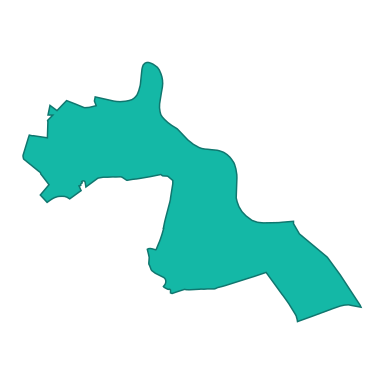 outline of Duong Kinh, Hải Phòng, Vietnam
{"feature_id": "81297802B62167717430855", "entity_name": "Duong Kinh", "entity_type": "district", "adm_level": 2, "iso_a3": "VNM", "parent_name": "Vietnam", "parent_adm1": "Hải Phòng", "projection": "natural_earth1", "projection_center": [106.703, 20.785], "detail": "fine", "context": "isolated", "style": "filled", "palette": "teal", "viewbox_px": 384, "rotation_deg": 0, "n_neighbors": 0, "source": "geoboundaries", "source_scale": "gbopen_adm2", "svg_char_len": 3228}
<svg xmlns="http://www.w3.org/2000/svg" viewBox="0 0 384 384"><path d="M361.0,307.2L360.1,305.2L340.3,275.0L327.3,257.2L299.4,233.9L293.5,223.7L293.5,221.3L282.6,222.2L279.7,222.5L278.4,222.6L274.0,222.7L263.4,222.9L257.5,222.3L252.0,220.4L246.0,215.9L241.9,211.6L238.9,206.6L237.1,201.7L236.2,197.9L236.9,177.9L236.8,174.7L235.9,169.0L234.6,164.5L233.9,162.8L231.7,159.5L229.9,157.2L227.1,154.6L225.2,153.3L223.6,152.3L222.0,151.7L219.4,150.8L217.4,150.3L214.6,150.0L211.4,149.7L208.0,149.3L205.1,149.1L201.8,148.5L199.0,147.5L193.3,144.3L187.9,140.0L179.9,131.6L177.3,128.9L171.7,125.4L167.8,122.5L164.5,119.4L162.3,117.0L160.8,114.6L160.0,111.5L159.5,107.8L159.6,103.8L161.3,93.2L162.4,87.0L162.7,83.3L162.6,82.3L162.5,80.1L161.9,76.8L160.9,73.7L159.3,70.0L157.4,67.3L155.1,65.6L153.1,64.2L151.6,63.5L149.5,62.7L148.0,62.4L146.8,62.5L145.6,62.9L144.7,63.4L143.2,65.0L142.5,66.9L142.0,69.0L141.5,73.5L140.4,84.2L140.1,85.9L139.5,88.0L138.8,90.6L137.6,93.6L136.9,95.1L135.4,96.9L134.2,98.1L132.0,99.6L129.2,100.5L125.7,101.2L120.0,101.7L118.8,101.6L116.8,101.5L113.9,101.1L95.2,96.9L94.4,101.0L96.2,105.7L89.2,107.4L85.0,107.7L84.1,107.6L75.6,104.1L66.6,100.6L63.4,103.9L57.0,110.6L50.0,105.4L48.0,115.0L52.8,115.1L47.6,120.4L47.6,120.7L47.9,121.8L47.4,137.8L42.6,137.1L33.3,135.7L32.3,135.8L29.3,135.1L28.3,138.1L24.3,151.2L23.1,155.1L23.0,155.9L23.1,156.8L23.3,157.8L23.6,159.0L24.7,159.9L38.5,171.1L40.1,172.3L40.5,172.7L40.6,173.4L40.9,174.2L41.9,175.4L49.0,184.7L40.3,195.0L47.1,202.4L50.6,199.9L53.0,198.4L54.9,197.5L57.3,196.7L57.5,196.6L59.1,196.4L61.8,196.3L64.5,196.4L67.0,197.2L68.6,198.2L69.7,198.9L81.1,190.6L79.0,185.9L80.4,185.6L80.8,185.3L80.6,184.5L81.0,183.8L81.9,183.1L82.2,182.8L81.7,181.5L82.7,181.0L83.7,180.8L84.8,181.4L85.2,182.5L85.9,187.0L97.7,178.3L98.5,178.0L103.3,177.2L107.4,177.2L113.0,176.9L115.5,177.0L120.2,176.8L121.1,176.9L121.8,177.1L122.7,177.6L126.6,180.2L127.2,180.3L129.3,179.9L132.9,179.3L135.8,179.0L136.1,179.0L139.4,178.5L150.5,176.6L160.8,174.5L161.2,174.7L162.1,175.5L162.6,175.8L163.4,175.9L167.1,176.1L168.0,176.4L172.8,180.5L172.8,182.8L172.8,183.7L170.5,198.2L170.4,199.4L169.9,201.8L165.7,217.7L164.8,221.3L164.1,224.6L163.5,227.7L163.3,228.2L163.7,228.3L162.0,234.3L160.4,239.1L159.4,241.8L158.8,243.1L156.8,248.0L156.1,249.6L155.7,249.8L152.1,248.8L150.3,248.5L148.8,248.6L148.0,248.9L147.3,249.3L148.5,254.2L149.2,257.4L149.0,260.5L148.8,263.2L148.9,264.2L149.1,264.6L149.7,265.8L151.1,269.6L151.8,270.6L155.2,273.2L163.8,277.5L164.9,278.5L165.6,279.9L165.8,281.3L165.7,282.6L165.2,284.1L164.9,284.6L163.4,286.5L164.1,287.3L164.8,287.7L167.4,289.1L168.4,289.4L169.5,289.2L170.0,289.4L170.5,290.0L170.5,291.3L170.5,292.9L172.1,293.5L177.3,291.7L184.4,289.4L184.7,289.4L186.4,289.7L189.3,289.8L200.1,289.2L200.5,289.1L201.3,289.1L203.9,289.2L207.8,288.9L214.3,288.9L215.5,288.6L216.9,287.9L217.9,287.5L222.0,286.5L225.5,285.5L248.8,278.1L254.3,276.4L266.1,272.4L273.3,282.3L282.0,294.3L282.9,295.4L284.5,297.6L287.0,301.1L289.0,304.0L290.7,306.8L294.9,313.6L296.2,315.9L296.5,317.2L296.9,318.5L297.1,319.3L297.5,321.6L299.4,320.9L312.4,316.2L332.8,308.6L340.3,306.0L344.4,305.1L348.5,304.8L351.8,305.5L361.0,307.2Z" fill="#14b8a6" stroke="#0f766e" stroke-width="1.5"/></svg>